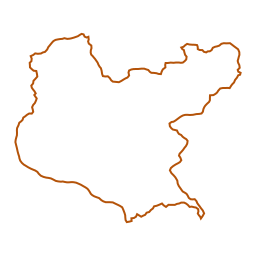 outline of Galiléia, Minas Gerais, Brazil
{"feature_id": "56859067B11890603892826", "entity_name": "Galiléia", "entity_type": "district", "adm_level": 2, "iso_a3": "BRA", "parent_name": "Brazil", "parent_adm1": "Minas Gerais", "projection": "albers", "projection_center": [-41.52, -18.889], "detail": "fine", "context": "isolated", "style": "outline", "palette": "amber", "viewbox_px": 256, "rotation_deg": 0, "n_neighbors": 0, "source": "geoboundaries", "source_scale": "gbopen_adm2", "svg_char_len": 4281}
<svg xmlns="http://www.w3.org/2000/svg" viewBox="0 0 256 256"><path d="M219.3,45.6L217.3,46.3L215.0,46.8L212.8,47.8L211.6,50.1L209.8,51.3L207.7,51.4L206.2,52.4L203.9,51.8L202.4,50.1L199.6,50.0L197.8,49.1L197.7,46.8L197.1,45.1L195.1,44.8L192.0,44.7L189.5,44.5L187.1,43.9L185.2,45.2L183.5,46.8L181.3,47.5L182.3,49.1L183.9,50.1L184.4,52.4L185.1,54.8L186.6,56.7L186.2,59.5L184.6,61.2L182.8,62.6L180.8,62.8L178.8,62.5L176.3,62.5L173.5,62.8L170.7,62.6L167.7,63.0L165.6,63.0L165.2,64.9L165.4,67.4L162.8,69.4L161.6,71.8L160.9,74.1L158.5,73.9L156.4,73.2L153.8,72.9L151.3,72.8L149.8,71.8L148.3,70.0L146.3,69.4L144.3,68.7L141.1,68.7L138.2,69.0L135.8,69.0L133.4,69.1L131.3,69.5L129.1,70.5L128.5,72.5L129.1,75.5L127.5,77.5L125.5,78.4L123.6,79.5L121.4,80.9L118.9,82.2L115.9,81.9L112.8,81.6L111.2,80.3L109.7,78.0L107.8,76.3L105.4,76.5L102.9,76.1L102.1,73.9L101.6,70.7L100.9,68.2L99.6,66.7L98.4,64.6L97.6,62.6L96.2,60.6L95.1,59.0L93.9,57.6L92.6,56.0L91.2,54.6L90.7,52.7L90.8,50.4L91.5,48.1L91.3,45.5L88.8,43.6L88.1,41.4L88.7,39.5L88.4,36.8L86.6,37.5L84.6,36.6L83.6,34.4L81.6,33.9L79.8,34.9L77.9,36.2L76.2,36.8L73.9,37.6L71.1,38.4L69.4,38.7L67.3,38.9L64.4,38.2L62.2,38.9L60.4,39.0L57.9,39.4L55.5,39.9L53.4,41.1L52.1,42.5L50.7,44.2L49.5,45.7L48.3,47.1L47.2,49.5L45.0,51.9L42.7,52.5L41.0,53.5L37.8,53.8L35.2,53.4L33.2,55.0L30.7,56.1L31.7,58.6L31.4,61.2L29.7,62.8L29.9,65.1L30.0,67.4L31.6,69.0L33.6,70.7L36.3,71.0L37.0,74.2L37.3,76.6L35.5,78.7L33.5,80.8L33.1,83.5L31.3,85.6L31.8,87.7L32.9,89.3L34.5,91.3L35.7,93.4L34.3,95.0L35.5,96.8L36.7,98.4L36.1,100.3L34.9,103.0L33.2,104.9L32.1,107.2L32.8,109.7L33.2,111.8L31.8,113.6L29.2,113.5L27.0,114.8L25.1,116.4L23.3,117.6L22.6,119.8L21.2,121.3L19.3,122.7L18.5,125.2L17.1,128.1L16.9,130.1L17.0,132.8L16.9,135.4L16.3,137.4L15.7,139.7L15.4,142.1L16.2,145.4L16.8,147.7L17.2,149.5L17.6,151.4L18.3,154.0L19.1,156.4L19.4,158.2L20.2,160.6L21.8,162.8L23.8,164.6L25.3,165.5L28.2,167.3L30.9,168.7L33.0,169.6L35.2,170.5L37.4,171.9L38.7,173.7L40.8,175.7L43.5,176.9L46.2,177.6L48.5,177.9L50.9,178.4L53.4,179.6L55.8,180.9L58.2,181.4L60.9,181.7L62.8,181.5L65.0,182.0L66.8,182.3L69.2,182.3L71.6,182.1L73.6,182.2L76.2,182.7L78.8,183.8L81.0,184.8L83.2,186.1L85.5,187.4L87.5,188.8L88.7,190.3L89.8,192.0L90.8,193.8L92.2,195.1L94.2,196.3L96.3,197.1L99.1,198.1L101.4,200.2L103.4,201.4L105.7,202.2L109.7,202.2L112.8,202.4L114.6,203.3L116.5,204.2L118.2,205.0L119.8,205.8L122.2,207.3L123.4,210.0L124.6,213.2L125.2,215.3L125.3,217.4L125.6,220.1L126.8,222.1L129.5,221.6L131.6,221.0L131.4,218.3L133.9,218.0L136.0,216.7L137.1,214.2L139.3,215.5L141.2,216.7L143.1,215.7L145.2,214.8L146.6,212.7L149.2,212.0L150.9,210.0L152.9,208.5L154.1,206.3L156.6,205.8L159.1,204.8L162.0,203.5L163.6,205.3L166.0,206.9L168.5,204.8L171.4,204.9L174.8,204.9L176.9,203.9L179.2,203.5L181.2,202.6L184.1,202.6L186.0,203.5L187.8,204.9L189.6,206.9L191.7,206.6L193.9,207.2L195.9,207.5L198.2,209.2L198.4,211.6L197.8,213.5L199.0,215.4L200.2,216.7L200.9,218.5L202.6,216.1L204.1,213.4L202.8,210.5L200.9,208.1L199.5,206.1L198.3,204.6L197.2,203.0L196.5,201.2L194.7,199.2L192.5,199.4L190.6,199.2L188.8,197.9L187.7,195.6L186.5,193.8L184.7,192.6L182.7,191.5L181.6,190.0L180.5,188.4L178.8,186.0L177.7,183.6L177.3,180.6L175.4,177.4L173.7,175.4L171.4,173.1L169.9,170.3L170.9,168.0L173.0,166.2L175.6,164.5L178.1,163.2L179.9,162.1L181.3,160.2L180.3,157.5L179.0,155.7L179.6,153.7L181.6,151.6L183.2,149.7L184.5,147.8L186.0,146.0L187.2,143.7L187.6,140.9L186.3,139.2L184.3,138.0L182.6,136.7L181.2,135.0L178.9,133.9L177.8,132.3L177.0,130.5L175.0,130.0L172.8,129.5L171.3,128.2L169.9,126.3L169.5,123.5L171.5,122.0L173.5,121.7L175.5,120.5L177.9,118.7L179.9,117.2L181.5,116.2L183.1,115.4L185.0,114.9L187.1,114.8L189.9,115.0L193.0,114.8L196.3,114.1L199.3,113.9L201.5,113.5L202.9,111.7L203.4,109.1L204.3,107.1L205.3,105.6L207.0,103.8L209.1,101.9L209.9,100.2L209.9,98.0L210.0,95.3L213.4,95.1L215.6,93.8L217.1,92.5L218.3,90.6L220.2,88.5L222.8,88.0L225.4,88.0L227.8,87.9L229.7,88.1L231.3,85.5L232.4,84.1L234.0,82.5L235.1,79.9L237.0,77.6L238.2,75.3L240.1,74.7L240.6,72.8L238.3,71.7L237.7,69.9L239.7,67.8L239.3,65.1L238.2,62.9L237.7,60.9L238.3,58.8L238.8,56.8L239.4,54.9L239.3,52.1L238.1,49.3L236.1,47.8L234.2,46.4L232.0,44.7L230.0,43.2L227.5,43.3L225.5,43.3L223.8,43.2L221.4,43.8L219.3,45.6Z" fill="none" stroke="#b45309" stroke-width="2"/></svg>